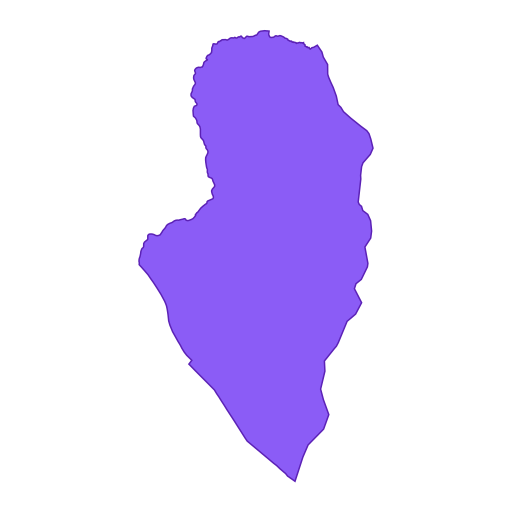 Campina, Prahova, Romania
{"feature_id": "2599482B7526130518250", "entity_name": "Campina", "entity_type": "district", "adm_level": 2, "iso_a3": "ROU", "parent_name": "Romania", "parent_adm1": "Prahova", "projection": "orthographic", "projection_center": [25.739, 45.14], "detail": "fine", "context": "isolated", "style": "filled", "palette": "violet", "viewbox_px": 512, "rotation_deg": 0, "n_neighbors": 0, "source": "geoboundaries", "source_scale": "gbopen_adm2", "svg_char_len": 5850}
<svg xmlns="http://www.w3.org/2000/svg" viewBox="0 0 512 512"><path d="M338.3,342.6L347.1,321.3L355.6,314.1L361.6,302.7L354.4,288.7L356.0,283.7L361.3,279.4L367.4,266.9L367.9,263.4L364.9,247.0L370.7,238.1L371.6,231.1L370.6,220.7L367.8,214.4L362.8,210.6L361.5,206.3L359.3,204.5L358.2,202.0L360.8,179.0L360.6,175.3L361.6,166.6L363.0,162.8L370.3,154.4L373.0,148.2L370.8,139.1L369.0,133.7L366.8,130.7L360.9,126.3L350.8,118.2L343.5,111.7L340.9,107.4L338.1,104.6L336.3,96.1L333.2,87.5L330.7,82.1L328.7,77.4L327.7,74.2L327.6,64.5L323.3,57.1L321.9,52.0L317.3,45.2L313.7,47.3L311.9,47.7L311.2,48.4L310.8,48.6L310.3,49.0L310.1,48.8L309.5,48.7L309.4,48.4L309.1,47.5L309.0,47.4L308.9,47.4L308.5,47.6L307.7,47.6L307.1,47.4L307.1,47.1L307.2,46.9L307.0,46.7L306.3,46.7L305.7,46.5L305.0,46.1L304.9,45.8L305.1,45.3L305.0,44.8L304.7,44.5L304.3,44.3L304.0,43.9L303.5,43.1L303.5,42.9L303.5,42.6L302.8,42.8L302.9,43.0L302.7,43.1L302.2,42.8L301.6,42.8L301.2,42.6L300.8,42.6L300.3,42.8L299.8,42.4L299.3,42.4L298.8,42.7L298.2,42.9L297.3,43.0L296.9,43.2L296.6,43.4L296.3,43.3L296.3,43.0L296.2,42.8L295.5,42.5L295.0,42.5L294.2,42.2L293.6,42.4L293.4,42.3L293.2,42.0L293.1,41.9L292.5,42.2L292.2,42.2L291.8,41.4L291.5,41.2L291.0,41.0L290.6,41.3L290.1,41.1L289.8,41.1L289.1,40.5L288.4,40.4L287.8,39.8L287.7,39.6L287.8,39.3L287.6,39.1L286.8,38.7L286.3,38.5L285.9,38.3L285.5,38.3L285.1,38.2L284.7,37.9L283.9,37.2L283.2,36.8L280.9,35.8L280.3,35.7L279.9,35.6L279.2,35.8L278.1,36.2L277.6,36.2L276.1,35.8L275.7,35.8L274.6,36.4L273.8,37.1L273.0,37.4L272.4,37.3L271.2,37.5L270.6,37.4L270.1,37.1L269.6,36.7L269.3,36.0L268.8,34.9L268.8,34.5L268.7,33.8L269.1,31.1L268.3,31.0L267.2,30.9L266.5,30.9L264.8,30.7L260.7,31.2L259.9,31.5L259.1,31.9L258.6,32.3L258.2,32.9L257.4,34.1L256.8,34.9L256.2,35.2L255.4,35.2L255.0,35.5L254.0,36.0L252.9,36.5L249.0,36.7L247.7,36.3L246.9,36.2L246.2,36.7L245.2,37.8L244.4,38.4L244.2,38.5L242.5,37.7L242.0,37.1L241.5,36.3L241.4,36.2L240.9,36.1L240.7,36.2L239.4,37.0L238.6,36.9L238.3,36.9L237.5,37.6L236.9,37.9L236.5,38.0L235.9,38.0L235.0,37.4L234.9,37.4L234.6,37.4L234.0,37.9L233.6,38.0L231.8,37.8L231.0,37.9L230.1,38.2L229.4,38.8L227.7,39.9L227.2,40.1L226.7,40.0L225.7,39.6L225.1,39.6L223.7,39.7L222.6,39.7L221.9,39.9L221.6,40.0L221.0,40.7L220.6,40.7L220.1,41.0L219.5,41.6L219.2,41.6L218.7,41.5L218.3,41.7L218.0,42.1L217.5,43.2L217.2,43.6L216.8,44.0L215.8,44.1L214.0,43.8L213.6,43.8L213.2,43.9L213.0,44.3L212.6,46.2L212.3,46.8L211.8,48.1L211.8,49.4L211.8,50.4L211.6,51.3L211.6,52.1L211.5,52.5L210.2,54.0L209.6,54.5L209.0,54.9L207.7,55.4L207.1,56.1L206.5,57.2L206.2,58.0L206.1,58.4L206.2,58.6L206.3,58.9L206.8,59.3L207.3,59.4L207.4,59.5L207.3,59.9L206.8,60.3L206.0,60.7L205.0,61.4L204.4,61.9L204.0,62.4L203.8,62.8L203.6,63.9L203.4,64.7L202.5,66.7L202.2,67.0L201.7,67.0L200.2,67.5L199.1,67.3L198.3,67.3L197.4,67.6L196.4,68.0L196.1,68.3L195.3,69.1L194.9,69.8L194.7,70.3L194.7,70.8L195.1,71.9L195.3,72.5L195.5,73.1L195.4,73.6L195.2,74.0L194.5,74.7L194.0,75.5L193.8,75.9L193.7,76.7L193.6,77.9L193.7,78.7L193.9,79.5L195.3,82.5L195.4,83.1L195.3,83.6L195.0,84.4L193.6,86.2L193.0,87.6L192.4,89.0L192.4,90.8L192.1,91.6L191.1,93.7L191.0,95.0L191.1,95.8L191.4,96.4L192.3,97.5L195.0,99.4L195.1,100.0L195.2,101.1L195.6,102.1L196.6,103.2L196.9,103.8L197.0,104.3L196.6,105.4L194.3,106.3L193.4,108.2L193.2,109.5L193.0,110.4L193.3,114.9L193.5,116.2L195.4,117.9L196.6,120.0L196.9,121.1L197.1,122.9L197.5,123.7L199.1,125.4L199.6,126.2L200.0,127.1L200.4,129.1L200.4,134.6L200.5,136.5L200.9,137.6L201.5,138.4L202.6,139.5L203.4,140.6L203.7,141.4L204.4,144.1L204.7,144.8L205.2,145.3L205.8,145.9L205.9,146.6L205.9,147.9L206.3,148.7L207.3,149.8L207.7,150.7L208.0,151.7L207.8,153.1L207.1,154.6L206.2,156.4L205.7,157.7L205.6,159.9L205.8,162.2L206.5,166.8L206.8,168.0L207.2,168.9L207.4,169.6L207.3,172.0L207.5,172.9L207.8,173.4L208.0,174.0L208.1,176.1L208.4,176.7L209.0,177.1L210.1,177.6L211.4,178.1L212.1,178.6L212.6,179.7L213.0,181.2L214.1,183.5L214.4,184.3L214.7,184.9L214.6,186.0L214.6,186.5L214.1,187.1L212.3,189.2L211.6,190.8L211.7,191.8L212.0,193.1L212.4,194.4L213.0,195.5L213.3,196.5L213.4,197.4L213.2,198.2L212.8,198.8L207.7,201.0L207.4,201.3L207.1,201.7L206.9,202.9L206.6,203.6L205.6,204.1L202.8,206.3L200.7,208.2L197.8,212.1L196.7,212.9L196.4,213.6L195.5,214.4L195.4,215.1L195.6,215.5L194.5,217.0L193.0,218.6L191.3,219.5L188.6,220.5L187.6,220.6L186.6,220.4L186.1,220.2L185.5,219.1L185.0,218.8L184.5,218.7L183.9,218.8L182.7,219.2L181.2,219.5L179.6,219.9L178.7,220.2L177.5,220.1L176.4,220.2L175.8,220.3L174.3,220.9L173.1,221.7L172.5,222.3L171.5,222.7L169.6,223.4L167.6,224.5L166.5,225.6L165.7,227.1L164.8,228.4L163.5,229.8L162.6,231.0L162.0,232.1L160.9,233.7L160.3,234.7L159.7,235.0L158.8,235.4L157.9,235.6L157.1,235.7L156.4,235.6L155.6,235.4L153.8,234.5L152.3,234.1L151.4,234.0L150.1,234.0L149.1,234.2L148.6,234.6L148.0,235.2L147.8,235.8L147.8,236.6L147.8,238.7L147.7,239.4L147.3,239.8L146.2,240.7L144.5,242.1L143.9,243.2L143.7,243.7L143.7,244.8L143.6,246.7L143.3,247.5L142.4,248.2L141.8,248.9L141.3,250.2L140.9,251.4L140.6,253.8L140.3,255.2L140.0,256.6L139.4,258.2L139.1,259.5L139.0,261.3L139.3,262.9L139.2,264.7L141.6,267.3L147.0,273.5L148.1,274.8L149.1,276.3L151.2,279.4L152.3,280.9L153.5,282.6L157.2,288.3L161.0,294.4L164.6,301.1L165.4,302.9L166.2,305.0L166.5,305.9L166.8,307.2L167.2,309.1L167.8,312.8L168.1,315.2L168.7,320.9L169.9,325.1L172.6,331.7L178.2,341.7L179.2,343.3L180.5,345.5L181.9,348.3L184.3,352.2L185.4,353.6L186.8,355.4L191.8,360.3L188.9,364.1L195.6,371.0L214.4,389.9L216.7,393.7L218.9,396.9L221.2,400.6L224.5,405.7L226.9,409.6L234.2,420.8L245.3,438.3L247.2,441.1L270.6,460.7L273.7,463.3L276.7,465.6L280.0,468.8L284.8,472.9L285.5,473.4L287.6,476.1L293.2,480.0L295.0,481.3L302.9,457.0L308.1,444.9L323.6,429.1L328.8,414.6L323.4,399.7L320.6,389.1L324.9,371.2L324.4,361.0L334.4,348.5L336.4,346.2L338.3,342.6Z" fill="#8b5cf6" stroke="#5b21b6" stroke-width="1.5"/></svg>